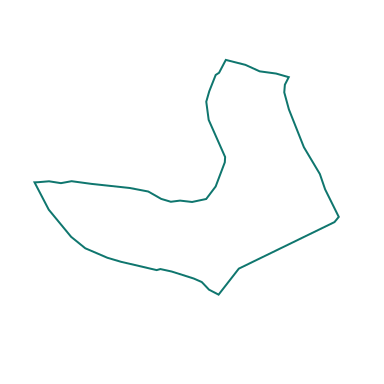 the district of Santa Clara La Laguna, Sololá, Guatemala, rotated 64°
{"feature_id": "79465075B26793890214768", "entity_name": "Santa Clara La Laguna", "entity_type": "district", "adm_level": 2, "iso_a3": "GTM", "parent_name": "Guatemala", "parent_adm1": "Sololá", "projection": "mercator", "projection_center": [-91.309, 14.72], "detail": "fine", "context": "isolated", "style": "outline", "palette": "teal", "viewbox_px": 384, "rotation_deg": 64, "n_neighbors": 0, "source": "geoboundaries", "source_scale": "gbopen_adm2", "svg_char_len": 726}
<svg xmlns="http://www.w3.org/2000/svg" viewBox="0 0 384 384"><g transform="rotate(64 192 192)"><path d="M295.9,213.1L281.4,183.5L281.5,77.1L278.7,71.0L248.0,71.2L231.9,69.2L200.8,71.8L160.2,68.7L142.9,65.4L136.3,61.5L131.2,54.7L122.4,64.5L113.2,78.3L101.1,88.3L88.1,103.7L96.7,115.4L97.2,119.4L109.0,132.3L117.1,139.6L134.5,145.4L175.1,146.9L179.7,149.5L197.4,168.3L204.5,182.3L201.0,196.3L194.5,206.5L191.5,215.3L184.7,222.7L172.4,231.1L161.1,246.2L140.5,279.0L129.5,295.5L126.6,305.9L119.7,315.8L115.7,326.1L114.3,329.3L145.1,328.5L179.3,320.3L195.8,312.6L214.0,296.9L223.7,286.3L246.7,258.0L247.4,254.2L254.5,245.2L270.5,228.4L277.2,222.7L287.3,219.5L295.9,213.1Z" fill="none" stroke="#0f766e" stroke-width="2"/></g></svg>